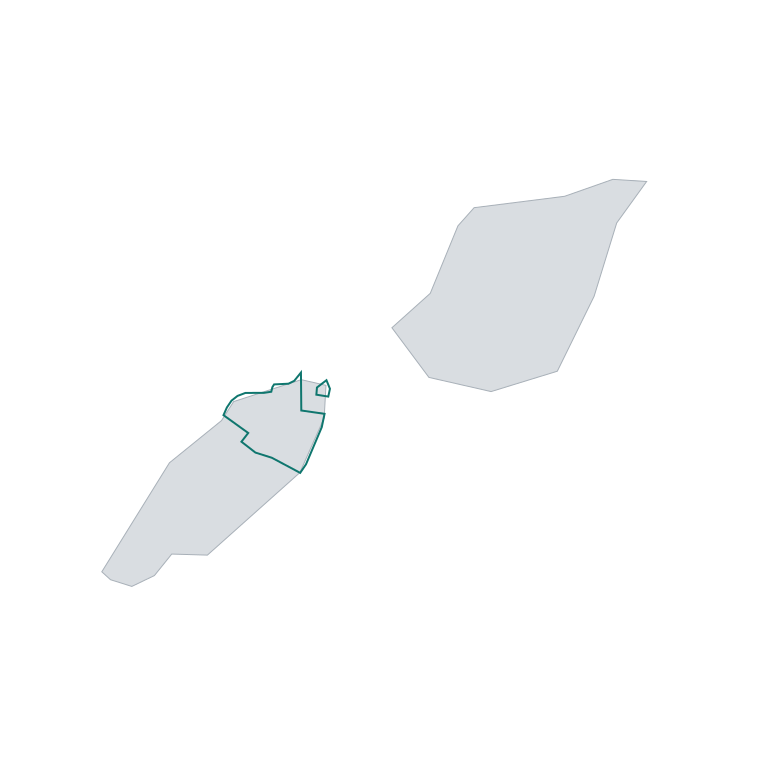 A'ana on a map of Samoa (Mercator projection), rotated 122°
{"feature_id": "WSM-4985", "entity_name": "A'ana", "entity_type": "state/province", "adm_level": 1, "iso_a3": "WSM", "parent_name": "Samoa", "parent_adm1": "", "projection": "mercator", "projection_center": [-171.958, -13.906], "detail": "fine", "context": "in_parent", "style": "outline", "palette": "teal", "viewbox_px": 768, "rotation_deg": 122, "n_neighbors": 0, "source": "natural_earth", "source_scale": "10m", "svg_char_len": 888}
<svg xmlns="http://www.w3.org/2000/svg" viewBox="0 0 768 768"><g transform="rotate(122 384 384)"><path d="M281.3,243.8L333.7,289.2L354.6,349.4L332.1,407.1L282.6,392.8L210.7,405.1L186.7,401.0L129.1,330.3L89.2,298.4L73.1,268.6L124.1,272.0L198.3,252.3L281.3,243.8ZM692.8,523.8L564.5,524.2L501.1,502.4L478.6,502.2L424.2,456.5L415.9,432.5L444.4,416.8L503.7,408.4L622.7,443.1L640.7,473.9L668.1,477.2L689.3,490.6L694.9,512.2L692.8,523.8Z" fill="#d9dde1" stroke="#a8b0b8" stroke-width="1"/><path d="M440.8,418.6L453.6,413.9L493.4,407.6L503.8,408.0L506.0,440.1L510.3,456.7L508.5,474.3L497.5,473.2L495.5,503.6L487.2,504.8L478.9,504.5L471.7,501.9L465.0,496.8L455.2,481.2L450.3,475.5L445.8,477.0L442.6,477.0L434.4,465.2L428.9,461.8L418.3,460.5L450.3,440.1L440.8,418.6ZM411.3,434.8L416.7,427.3L424.2,424.6L428.9,435.7L422.5,439.0L411.3,434.8Z" fill="none" stroke="#0f766e" stroke-width="2"/></g></svg>